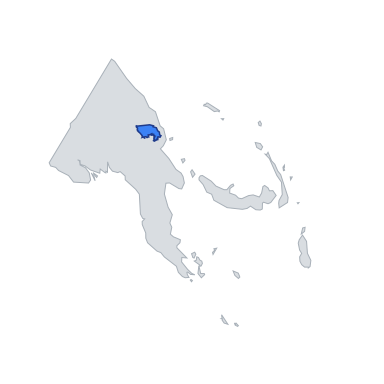 Middle Ramu District, Madang, Papua New Guinea (highlighted), rotated 31°
{"feature_id": "67681753B72942369161331", "entity_name": "Middle Ramu District", "entity_type": "district", "adm_level": 2, "iso_a3": "PNG", "parent_name": "Papua New Guinea", "parent_adm1": "Madang", "projection": "mercator", "projection_center": [144.728, -4.954], "detail": "fine", "context": "in_parent", "style": "filled", "palette": "blue", "viewbox_px": 384, "rotation_deg": 31, "n_neighbors": 0, "source": "geoboundaries", "source_scale": "gbopen_adm2", "svg_char_len": 6187}
<svg xmlns="http://www.w3.org/2000/svg" viewBox="0 0 384 384"><g transform="rotate(31 192 192)"><path d="M54.5,240.5L54.5,199.2L52.4,196.1L54.5,188.8L54.5,119.5L58.4,119.8L77.4,128.3L90.2,132.6L101.4,134.7L111.7,141.6L119.3,142.0L130.6,151.7L135.1,152.4L143.1,160.5L143.6,167.1L142.7,171.3L154.9,175.2L166.6,180.9L172.9,181.4L176.4,183.4L180.8,188.2L181.6,194.7L179.0,195.8L168.1,195.8L165.1,197.9L169.4,208.0L179.3,217.3L186.8,221.6L189.0,230.0L192.8,232.6L195.2,239.3L199.1,240.0L206.6,238.9L207.8,241.7L206.7,245.9L207.8,247.6L221.6,251.2L217.0,253.4L219.1,257.3L228.1,260.6L233.7,261.9L237.1,261.5L233.2,263.4L229.7,262.8L229.0,263.4L230.4,265.1L233.4,266.8L230.3,269.0L227.3,269.4L221.7,267.9L216.9,263.7L201.7,261.9L196.5,260.0L192.4,260.7L180.1,258.4L176.2,255.4L173.5,251.0L166.2,245.6L164.5,243.0L165.3,239.4L163.3,240.0L159.1,237.4L148.0,221.0L142.4,218.7L128.5,215.9L126.4,212.7L119.9,211.5L118.4,213.6L113.1,215.1L108.6,213.5L104.1,209.6L109.4,218.6L107.5,218.5L108.4,220.0L107.4,220.2L101.5,219.6L103.3,223.4L93.7,225.4L86.6,224.7L83.2,225.6L81.7,225.5L79.9,222.8L77.3,223.3L79.5,223.3L82.2,226.5L88.2,226.1L94.0,228.5L98.9,233.9L98.7,237.6L85.4,244.5L77.7,241.5L66.5,242.3L62.5,241.1L57.4,242.5L54.5,240.5ZM255.0,149.3L257.8,151.1L260.6,149.2L265.9,151.6L264.9,160.5L263.2,162.9L258.6,163.9L258.1,165.2L261.0,170.4L259.8,172.3L255.9,174.3L249.4,174.0L247.7,177.7L244.1,180.9L230.2,187.3L215.0,187.8L210.0,183.8L204.7,184.5L197.7,179.9L191.8,178.0L190.7,176.2L190.8,173.9L192.4,172.5L202.9,172.8L209.5,174.6L218.3,173.5L220.7,172.1L221.6,166.4L223.1,164.0L224.6,165.1L222.7,169.5L224.8,173.5L231.0,172.3L235.0,173.3L238.1,172.1L242.4,165.9L245.9,163.0L252.3,161.6L252.2,157.0L250.0,150.8L250.9,149.0L255.0,149.3ZM331.6,195.1L330.8,197.2L330.4,196.5L327.2,198.4L323.5,197.8L320.2,195.8L317.7,192.2L317.6,188.1L314.1,186.3L309.4,181.1L308.5,177.7L308.9,172.0L315.6,175.3L322.5,185.1L329.1,189.4L331.6,195.1ZM279.3,151.8L274.9,160.7L272.1,157.0L271.0,154.5L270.7,147.7L263.6,137.5L256.2,134.1L241.1,123.5L235.2,121.9L236.7,121.4L236.7,118.8L244.1,124.3L248.7,125.6L254.8,129.9L259.0,131.4L277.2,147.2L279.3,151.8ZM159.6,107.7L173.8,108.1L174.0,109.3L172.2,109.4L169.7,111.6L161.3,111.0L157.5,112.1L157.3,110.5L158.7,110.1L158.5,108.5L159.6,107.7ZM231.2,244.8L233.8,246.3L236.0,246.2L237.7,247.9L237.9,250.8L237.0,251.5L236.4,250.6L229.5,250.0L230.8,248.4L229.5,245.1L231.2,244.8ZM229.5,120.4L224.5,120.4L220.7,117.0L225.6,115.3L229.3,116.9L229.5,120.4ZM241.4,257.4L244.6,255.6L245.4,256.3L244.2,260.7L239.1,258.8L235.8,251.6L241.4,257.4ZM267.9,238.5L273.4,237.7L276.0,239.6L276.8,240.3L276.3,242.2L271.7,241.4L267.9,238.5ZM280.6,282.0L290.9,286.9L287.1,287.8L283.9,286.4L283.5,285.2L282.2,285.6L282.8,284.8L280.6,282.0ZM184.9,179.1L180.4,175.4L180.6,172.9L185.4,175.1L184.9,179.1ZM227.8,247.6L226.4,247.7L223.4,245.1L225.3,242.2L227.3,243.3L227.8,247.6ZM307.3,171.8L305.4,165.8L307.1,164.0L308.8,167.8L307.3,171.8ZM169.2,171.8L166.0,169.5L168.4,167.3L169.7,168.5L169.2,171.8ZM217.1,99.9L215.3,100.4L213.0,98.4L213.7,96.2L216.3,97.7L217.1,99.9ZM148.4,157.1L146.6,159.2L145.3,157.6L147.4,155.2L148.4,157.1ZM242.1,227.4L242.2,234.7L240.7,233.2L241.4,230.2L240.0,229.4L242.1,227.4ZM100.2,229.3L103.2,232.3L95.8,227.5L100.2,229.3ZM102.8,228.6L98.7,227.4L97.9,226.5L102.7,226.9L102.8,228.6ZM300.6,282.7L300.3,283.7L297.6,283.9L295.8,282.4L297.5,282.8L297.3,281.7L300.6,282.7ZM270.2,127.5L270.3,130.8L268.4,128.5L270.2,127.5ZM260.2,125.7L259.4,126.6L257.5,124.3L257.9,123.8L260.2,125.7ZM238.0,267.7L237.8,269.2L235.9,268.4L236.2,267.5L238.0,267.7ZM258.6,123.2L257.2,123.6L257.4,121.3L258.6,123.2ZM181.4,112.8L181.5,114.4L179.5,114.0L181.4,112.8ZM289.1,146.0L288.9,147.5L287.8,147.0L289.1,146.0Z" fill="#d9dde1" stroke="#a8b0b8" stroke-width="1"/><path d="M109.9,163.9L110.0,163.9L110.0,164.0L110.4,164.3L110.5,164.6L110.7,164.8L110.8,164.8L111.0,165.0L111.3,165.1L111.5,165.1L111.8,165.1L112.0,165.1L112.3,165.2L112.4,165.3L112.5,165.5L112.7,165.8L112.7,166.0L112.8,166.2L112.9,166.3L112.8,166.5L113.0,166.7L113.1,166.8L113.2,167.0L113.3,167.1L113.5,167.3L113.6,167.2L113.7,167.3L113.9,167.4L113.9,167.5L114.0,167.6L114.3,167.5L114.5,167.6L114.8,167.5L115.0,167.7L115.1,167.9L115.3,167.9L115.4,168.0L115.5,168.0L116.5,168.1L119.9,169.2L119.9,169.4L120.0,169.5L120.5,169.6L120.6,169.8L120.7,170.0L120.8,170.1L120.9,170.3L121.0,170.4L121.0,170.5L121.1,170.8L121.2,170.7L121.2,170.8L122.1,169.8L123.3,170.3L123.6,170.2L122.9,169.2L124.1,168.2L125.2,168.5L125.3,168.5L125.3,168.4L125.3,168.2L125.5,168.0L125.6,167.9L125.7,168.0L125.8,167.9L126.0,167.8L126.0,167.7L126.1,167.3L126.1,167.2L125.9,167.1L125.8,166.9L125.9,166.7L126.1,166.7L125.9,166.5L125.8,166.3L125.7,166.2L125.4,165.9L125.1,165.8L125.0,165.6L127.2,164.2L126.8,163.9L127.4,162.9L127.5,163.0L127.7,163.3L127.9,163.4L128.0,163.3L128.1,163.5L128.2,163.4L128.3,163.4L128.3,163.5L128.3,163.4L128.2,163.3L128.2,163.2L128.3,163.3L128.5,163.4L128.7,163.2L128.6,163.3L128.6,163.5L128.7,163.4L128.9,163.4L129.0,163.4L128.9,163.3L128.8,163.2L128.9,162.9L129.0,162.9L129.2,162.7L129.4,162.7L129.4,162.8L129.5,162.8L129.7,163.0L129.7,162.9L129.8,163.0L130.0,163.1L130.0,162.9L130.1,163.0L130.3,163.1L130.5,163.1L130.6,163.3L130.7,163.2L130.8,163.3L130.9,163.2L131.0,163.3L131.1,163.5L131.3,163.6L131.1,163.6L131.3,163.7L131.4,163.8L131.5,163.7L131.5,163.8L131.7,164.0L131.7,164.3L131.7,164.5L131.6,164.8L131.5,165.0L131.5,165.3L131.6,165.5L131.8,165.4L131.9,165.5L132.0,165.7L132.1,165.8L132.3,165.8L132.2,165.8L132.3,165.9L132.4,166.0L132.4,165.9L132.5,166.1L132.8,166.2L132.8,166.3L132.7,166.4L132.7,166.5L132.8,166.5L132.8,166.8L133.0,166.9L132.9,166.9L132.8,167.0L132.7,167.2L132.8,167.2L132.8,167.3L132.7,167.3L132.8,167.5L132.7,167.5L132.7,167.8L132.8,167.8L133.5,167.8L134.9,165.5L134.8,165.4L134.7,165.3L134.6,165.2L134.7,164.9L134.8,164.9L134.9,164.7L135.0,164.7L134.9,164.6L135.0,164.5L134.9,164.5L134.9,164.4L134.8,164.2L135.1,164.1L135.1,163.9L135.2,163.7L134.9,163.2L134.2,162.6L134.5,162.3L134.8,162.0L136.4,161.5L136.4,159.7L135.3,159.7L134.7,159.5L133.6,158.0L132.9,157.4L131.0,157.2L128.4,155.3L125.0,156.1L124.9,155.1L121.1,156.2L111.3,163.6L109.9,163.9Z" fill="#3b82f6" stroke="#1e3a8a" stroke-width="1.5"/></g></svg>